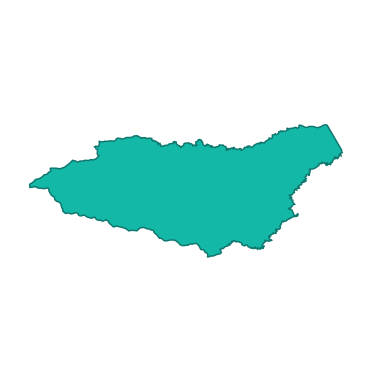 the district of Florencia, Caquetá, Colombia, rotated 255°
{"feature_id": "7082276B38105968828187", "entity_name": "Florencia", "entity_type": "district", "adm_level": 2, "iso_a3": "COL", "parent_name": "Colombia", "parent_adm1": "Caquetá", "projection": "robinson", "projection_center": [-75.56, 1.758], "detail": "fine", "context": "isolated", "style": "filled", "palette": "teal", "viewbox_px": 384, "rotation_deg": 255, "n_neighbors": 0, "source": "geoboundaries", "source_scale": "gbopen_adm2", "svg_char_len": 6095}
<svg xmlns="http://www.w3.org/2000/svg" viewBox="0 0 384 384"><g transform="rotate(255 192 192)"><path d="M245.2,188.1L245.3,187.0L244.8,186.7L244.0,187.1L243.7,186.3L244.3,183.6L244.2,182.1L243.4,180.2L244.0,178.4L243.9,174.0L244.7,173.5L245.6,174.1L246.3,173.6L247.2,173.7L247.4,172.9L246.8,171.6L248.4,172.0L248.9,171.2L249.9,170.8L250.2,169.9L251.2,169.1L251.2,168.5L251.7,168.3L251.6,167.2L252.2,167.3L252.9,166.5L254.2,167.0L255.1,164.5L255.4,161.7L256.3,161.4L257.4,157.9L256.9,157.4L260.7,153.5L260.5,152.7L261.2,151.0L260.6,149.2L260.5,147.1L261.6,142.7L261.1,139.0L261.3,137.9L262.2,136.9L263.2,134.0L263.1,133.0L261.5,131.3L261.3,130.1L262.6,126.1L262.9,122.6L263.6,121.3L263.5,118.4L264.9,115.5L262.6,115.0L260.5,113.9L260.3,113.1L261.1,111.0L260.9,109.6L260.0,110.2L258.6,110.4L257.7,111.7L253.1,110.3L251.7,110.7L251.0,111.5L248.8,107.7L248.7,104.4L249.5,102.8L249.2,100.0L250.3,97.0L250.2,93.8L250.9,92.1L250.4,89.5L252.3,87.1L253.5,84.8L251.5,81.5L248.7,74.8L248.9,73.2L248.5,72.5L249.0,69.1L250.0,67.4L251.6,61.6L251.1,61.0L248.8,61.2L247.9,58.1L246.7,57.1L246.8,53.3L245.5,51.6L244.4,47.9L244.6,44.3L242.4,40.5L241.6,37.5L241.3,37.1L238.3,36.6L237.7,42.2L235.4,44.7L235.2,46.4L234.2,48.0L233.3,51.3L233.6,52.3L232.5,54.6L229.9,54.1L227.3,54.7L225.0,55.5L222.5,57.8L220.4,57.5L219.3,57.9L217.6,59.4L217.2,60.6L214.6,62.3L210.4,62.1L209.3,62.7L206.8,62.3L204.1,64.2L203.8,67.3L202.3,69.1L201.9,71.3L202.2,74.1L201.1,76.1L199.0,76.5L198.1,77.4L197.6,79.0L197.7,81.4L196.9,82.8L195.6,83.5L194.7,84.7L192.6,88.3L193.1,91.3L190.1,92.6L188.6,94.9L188.7,96.4L187.4,97.4L186.9,98.4L187.4,102.1L186.5,102.4L185.5,103.6L183.3,104.0L178.6,107.1L178.6,110.3L176.1,115.0L173.8,118.6L170.8,121.0L170.6,124.0L168.8,128.9L170.7,132.3L170.7,133.6L170.2,136.5L168.0,139.1L167.4,141.2L166.0,142.5L164.9,144.8L162.3,145.0L160.2,146.7L155.9,148.5L154.8,150.9L152.9,151.9L151.9,153.1L151.4,154.7L151.2,159.2L149.8,163.1L146.5,165.8L144.3,166.7L142.6,168.9L141.7,174.3L142.3,177.2L141.6,178.5L141.5,182.0L140.6,183.4L138.2,184.8L134.3,185.6L133.1,188.1L131.0,189.1L130.2,189.1L129.1,190.7L127.2,191.0L125.3,190.3L125.1,191.4L125.2,194.2L124.7,196.0L125.2,199.6L125.1,203.5L126.1,204.7L129.4,204.4L129.3,205.3L129.9,206.1L129.3,207.5L130.6,209.7L130.7,213.0L131.6,213.5L131.1,214.7L132.4,214.7L131.9,216.0L133.3,217.6L134.0,217.5L134.0,218.2L133.3,218.6L134.0,219.5L134.0,220.6L133.8,221.1L133.0,221.0L132.5,221.4L132.4,223.2L130.0,226.8L128.3,226.6L126.7,228.1L126.4,229.3L127.1,230.5L126.7,231.3L124.4,232.2L124.2,233.2L123.0,233.7L122.2,235.4L122.6,235.6L122.5,236.1L121.5,236.6L122.2,238.9L121.2,238.7L121.3,239.5L120.7,239.9L120.9,240.7L119.8,240.5L120.3,242.6L119.2,242.9L119.4,243.6L120.7,244.6L120.4,245.1L119.5,245.1L119.1,245.9L121.0,247.6L121.6,246.4L122.9,246.5L124.4,248.3L124.5,249.1L125.2,249.4L125.3,250.5L126.3,250.2L126.2,250.8L124.6,253.5L124.7,256.5L125.2,256.4L125.4,254.9L127.5,254.6L128.2,255.6L128.6,254.5L129.1,254.5L130.1,256.3L129.6,256.9L130.2,257.4L130.6,259.3L131.6,260.1L130.9,260.4L130.3,262.4L131.5,262.6L132.2,263.9L133.5,262.9L134.1,263.1L134.3,264.1L133.5,264.2L133.5,265.3L133.8,266.0L133.5,266.8L134.3,268.0L134.9,268.3L136.6,268.0L137.2,269.2L140.5,271.7L139.5,272.7L140.0,273.7L139.6,275.1L140.9,278.1L140.7,278.7L141.3,279.1L141.1,280.0L142.0,283.5L141.4,286.7L141.7,287.9L143.0,288.7L143.6,288.4L142.3,286.5L142.9,284.7L148.6,283.9L149.8,283.0L150.6,280.9L151.1,281.4L151.3,283.3L152.5,285.1L153.3,285.6L153.6,288.0L156.4,286.5L157.9,287.3L158.6,286.1L160.1,286.5L160.4,284.9L161.0,285.3L161.2,286.7L163.7,285.2L163.9,285.7L163.3,286.9L163.4,287.9L164.6,289.1L164.9,290.7L166.1,290.7L167.6,291.7L167.0,293.5L168.1,293.0L168.0,296.8L168.8,297.0L169.2,295.8L169.8,295.7L171.0,297.6L170.6,298.8L171.0,299.8L171.5,300.3L172.3,300.0L172.8,300.4L172.6,302.5L173.1,304.9L173.5,305.1L173.9,304.7L173.2,302.9L173.5,302.3L174.5,303.3L175.2,305.9L176.6,305.0L177.4,305.3L177.8,306.6L178.8,306.7L179.1,308.8L177.8,309.1L177.8,309.6L179.5,309.8L180.0,310.9L181.3,310.8L182.0,311.8L183.6,311.4L183.0,314.7L183.1,316.6L184.7,321.4L186.4,322.0L185.9,324.4L187.1,325.0L185.9,325.8L186.1,327.4L185.2,327.8L185.1,328.7L184.1,328.4L185.1,330.3L184.3,330.5L183.8,328.9L183.0,329.1L182.9,329.8L183.7,331.0L182.7,333.0L183.1,333.4L184.5,333.4L184.4,335.3L185.6,335.7L186.5,336.9L187.4,337.5L187.5,338.2L187.0,339.0L187.2,339.5L188.7,338.9L188.1,340.8L186.7,340.9L186.6,341.3L188.8,343.7L190.1,343.8L190.1,344.5L188.7,345.3L191.1,345.6L191.2,347.3L192.7,347.0L193.7,347.4L221.6,339.8L222.5,338.1L222.4,335.8L221.6,333.1L221.7,329.5L223.8,326.2L225.0,322.2L224.5,320.2L225.1,318.2L227.5,315.4L228.7,313.4L228.5,312.6L226.7,311.9L226.1,310.7L227.6,309.0L227.6,305.2L228.0,303.5L227.6,302.2L228.5,301.3L228.9,300.4L228.5,300.0L227.4,300.8L226.6,298.7L226.6,296.9L227.5,295.5L226.9,294.5L228.1,293.6L227.7,292.7L227.7,291.4L226.4,290.9L225.5,289.0L225.7,288.2L226.7,287.6L226.1,286.2L226.3,284.4L224.1,283.8L222.9,282.8L224.2,280.5L222.9,279.7L222.0,276.6L220.6,274.3L221.5,273.2L221.3,271.9L222.2,271.4L222.1,270.6L221.3,270.7L221.0,270.3L222.0,268.1L221.4,265.2L220.8,263.5L220.0,262.8L219.7,261.0L221.6,259.3L221.8,257.3L220.7,257.5L221.5,254.4L220.1,253.1L219.6,250.3L221.2,250.4L221.6,249.4L221.1,247.9L221.6,246.6L223.0,244.1L223.8,244.3L224.3,243.9L224.1,243.2L223.0,242.5L224.1,241.9L224.2,240.7L223.4,239.8L224.4,238.8L224.7,237.6L223.3,237.4L223.3,236.2L227.1,236.4L227.7,235.0L229.4,234.0L229.6,231.8L230.3,231.3L230.3,230.6L229.1,229.1L229.4,226.6L228.9,225.8L230.0,223.9L230.0,223.0L231.1,223.4L231.6,222.8L231.0,221.4L232.3,221.3L234.2,219.0L234.0,218.3L233.4,218.6L232.9,218.0L233.6,215.6L235.9,214.9L237.8,215.1L238.0,214.5L239.7,214.4L239.8,213.3L240.7,213.1L240.8,211.7L239.5,210.3L239.4,208.7L238.2,208.3L236.5,208.4L236.1,209.0L235.5,207.9L236.3,207.9L236.2,207.3L236.7,206.7L236.3,204.9L237.3,205.0L239.0,203.5L239.0,202.3L239.6,202.2L240.5,201.2L240.3,200.3L241.0,198.2L240.6,196.6L239.3,195.9L238.5,194.1L238.9,192.9L238.0,193.2L237.9,192.6L240.2,191.6L240.7,190.5L243.4,189.1L244.4,189.7L245.2,188.1Z" fill="#14b8a6" stroke="#0f766e" stroke-width="1.5"/></g></svg>